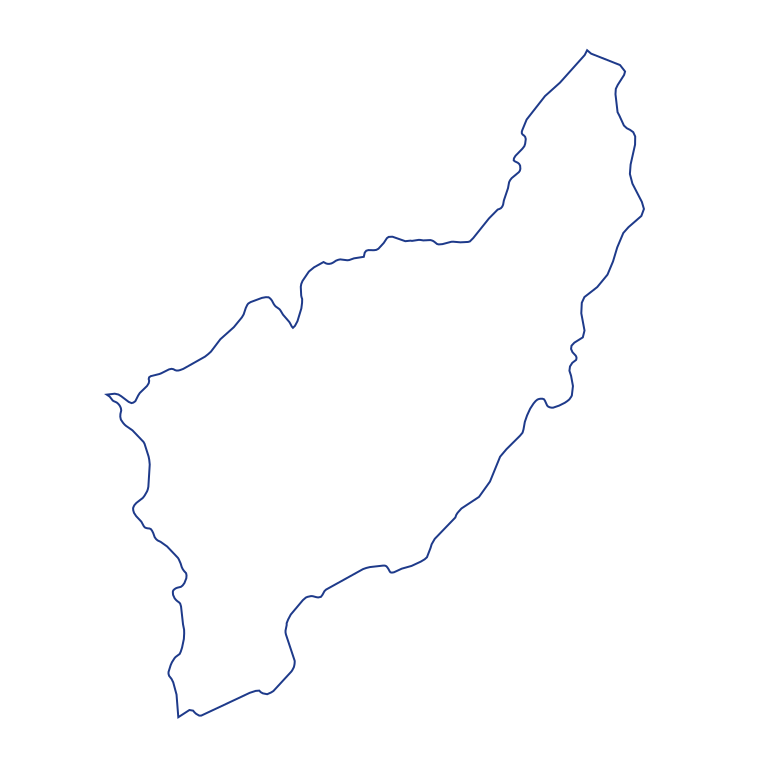 the Province of Uttaradit, rotated 354°
{"feature_id": "THA-398", "entity_name": "Uttaradit", "entity_type": "Province", "adm_level": 1, "iso_a3": "THA", "parent_name": "Thailand", "parent_adm1": "", "projection": "natural_earth1", "projection_center": [100.438, 17.768], "detail": "fine", "context": "isolated", "style": "outline", "palette": "blue", "viewbox_px": 768, "rotation_deg": 354, "n_neighbors": 0, "source": "natural_earth", "source_scale": "10m", "svg_char_len": 4684}
<svg xmlns="http://www.w3.org/2000/svg" viewBox="0 0 768 768"><g transform="rotate(354 384 384)"><path d="M620.9,73.3L624.5,77.1L652.1,91.5L656.4,98.4L655.1,101.7L647.7,111.0L645.4,114.7L644.5,120.0L644.7,138.1L646.1,141.6L649.6,152.0L652.2,155.0L655.3,157.0L658.2,159.6L659.7,164.1L658.7,172.2L652.2,191.5L650.5,200.8L652.0,210.7L659.5,229.9L660.8,237.1L657.5,243.8L643.5,253.6L637.8,258.8L630.2,272.6L624.6,286.0L617.7,298.6L606.2,309.9L592.4,318.5L589.2,323.9L587.6,334.3L589.0,351.8L586.6,358.4L577.6,362.8L574.5,365.5L573.7,368.7L574.8,372.1L577.6,375.8L578.0,376.8L578.2,377.9L578.0,379.0L577.6,380.1L573.5,382.6L570.8,386.0L569.8,390.2L570.9,395.4L571.7,405.8L569.6,415.1L568.8,416.3L566.7,418.7L564.6,420.1L561.8,421.6L555.9,423.8L549.8,425.2L548.0,425.0L546.4,424.5L545.0,423.7L544.0,422.5L542.3,417.4L541.5,415.9L540.0,415.2L538.3,415.0L536.6,415.1L535.0,415.5L533.0,416.8L530.7,419.0L526.8,423.8L523.0,430.2L520.1,436.4L518.0,443.7L516.7,446.9L513.8,449.7L498.9,461.7L491.9,468.4L479.2,492.1L466.7,506.2L448.0,515.9L443.8,519.7L442.2,521.7L442.1,521.9L441.0,524.2L418.3,543.3L414.6,548.4L413.2,551.8L408.6,560.8L406.1,562.6L402.0,564.5L392.4,567.8L382.4,569.5L374.2,572.3L372.1,572.4L370.8,572.0L370.2,571.2L369.0,568.3L368.2,566.8L367.3,565.5L365.9,564.7L364.2,564.5L350.9,564.6L347.2,565.1L343.8,565.9L304.9,582.4L303.1,583.8L300.8,587.2L299.0,589.1L296.2,589.4L294.4,588.9L291.0,587.6L289.3,587.3L285.7,587.7L284.0,588.2L280.7,590.5L267.2,603.5L264.1,608.1L262.2,611.7L262.0,613.6L260.3,618.9L260.1,620.9L260.3,622.9L266.2,649.8L266.2,650.3L266.2,650.7L265.8,653.0L265.3,654.7L264.7,656.3L262.9,659.0L261.9,660.2L241.9,677.8L239.4,679.0L235.4,680.3L231.2,679.0L229.2,677.6L227.9,675.9L224.3,675.8L218.2,677.1L167.5,694.7L165.6,694.5L162.7,692.4L161.2,690.7L160.0,688.9L156.4,687.9L144.6,693.9L145.2,671.2L143.2,658.7L141.9,655.2L139.8,651.8L139.4,649.7L139.6,647.9L142.4,641.4L144.0,638.6L147.0,634.8L148.2,633.7L152.6,631.1L153.9,628.9L155.6,625.1L158.3,616.7L159.2,611.2L159.5,607.5L159.0,602.0L158.9,584.0L158.3,581.0L157.2,579.6L156.0,578.6L154.7,577.2L153.4,575.3L152.2,571.7L152.2,569.5L152.4,568.1L153.0,567.1L154.0,566.3L155.4,565.5L157.1,565.0L160.8,564.5L162.7,563.3L164.7,561.1L167.1,556.5L167.6,553.7L167.4,551.5L165.5,548.9L164.5,547.1L163.7,544.9L163.0,541.3L161.6,536.9L160.9,535.4L151.3,522.9L145.3,517.6L142.5,515.9L141.1,514.4L139.9,512.3L138.9,508.1L138.0,505.7L137.0,504.0L135.7,503.2L134.1,502.9L132.5,502.4L131.1,501.6L130.2,500.2L128.3,495.6L123.7,489.5L121.9,486.0L121.4,483.4L121.5,481.2L122.3,479.6L123.2,478.3L125.4,476.3L132.2,472.1L133.3,471.0L134.3,469.9L137.2,465.9L138.1,464.0L138.9,461.6L142.6,439.6L142.6,434.8L142.3,431.5L139.6,418.4L138.8,416.5L129.0,403.8L123.2,398.8L121.8,397.3L120.4,395.3L118.6,391.9L118.3,389.0L118.7,386.3L119.9,382.8L119.8,380.6L119.2,378.6L118.5,377.2L117.6,375.9L116.5,374.7L115.2,373.8L113.7,373.0L112.5,372.1L109.9,367.9L107.2,365.6L115.2,365.5L118.8,366.7L121.4,368.7L128.2,375.1L130.9,376.6L132.8,376.3L134.9,375.1L138.3,369.8L140.2,367.4L148.1,361.2L150.1,358.6L150.8,356.3L150.5,354.5L151.1,352.8L152.9,351.8L161.6,350.6L164.0,349.9L171.7,347.0L174.3,346.7L176.2,347.3L177.4,348.2L178.9,348.9L180.6,349.1L182.4,348.9L185.9,348.0L208.8,338.1L212.3,335.9L215.3,333.7L225.9,322.4L240.6,311.8L249.6,302.9L251.7,300.1L254.5,293.9L256.3,291.0L257.4,289.8L259.9,288.6L271.6,285.6L275.5,285.3L278.3,285.7L279.5,286.8L280.4,287.9L281.3,289.4L282.6,292.7L283.4,294.2L284.3,295.5L287.8,298.6L288.7,300.0L290.8,304.5L296.3,312.4L297.0,313.9L298.3,317.2L299.3,318.6L301.5,316.9L304.5,312.5L309.7,300.2L311.0,294.7L311.5,290.9L311.1,289.2L310.9,287.3L311.4,278.6L312.2,275.8L313.8,272.9L320.8,264.6L321.5,264.0L326.7,260.6L336.6,256.4L339.1,258.1L340.5,258.6L342.3,258.8L344.3,258.6L346.4,257.8L349.2,256.3L351.5,255.7L353.5,255.5L360.4,257.1L362.3,257.1L367.3,255.9L377.2,255.4L378.6,251.3L380.3,249.6L382.5,249.2L388.0,249.9L390.4,249.8L392.6,248.9L398.5,243.7L402.1,239.3L404.0,238.2L407.8,238.4L420.1,244.2L425.3,244.2L426.8,244.6L433.6,244.3L435.1,244.5L438.1,245.3L445.1,245.7L446.5,246.2L447.8,246.9L449.0,247.9L451.4,250.3L453.0,250.9L456.7,251.0L465.8,249.6L467.6,249.7L474.9,251.1L482.4,251.5L484.3,251.2L488.0,248.2L505.7,230.3L515.3,222.4L517.0,222.0L518.6,221.4L520.1,220.0L521.2,218.1L522.4,214.0L527.8,202.2L529.5,196.4L530.7,194.5L532.5,192.6L540.3,187.4L541.4,186.1L542.1,184.3L542.2,181.1L541.4,179.2L540.1,177.9L537.5,176.3L536.4,175.2L536.8,173.2L538.6,170.8L546.2,164.5L548.4,162.2L549.5,159.8L550.6,155.2L550.2,152.9L549.1,151.4L548.0,150.5L547.3,149.2L547.4,147.6L548.0,146.1L553.5,135.9L574.2,114.5L590.5,102.7L618.0,77.8L620.9,73.3Z" fill="none" stroke="#1e3a8a" stroke-width="2"/></g></svg>